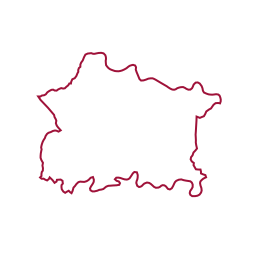 Anita Garibaldi, Santa Catarina, Brazil (orthographic projection), rotated 167°
{"feature_id": "56859067B7294135466211", "entity_name": "Anita Garibaldi", "entity_type": "district", "adm_level": 2, "iso_a3": "BRA", "parent_name": "Brazil", "parent_adm1": "Santa Catarina", "projection": "orthographic", "projection_center": [-51.083, -27.731], "detail": "fine", "context": "isolated", "style": "outline", "palette": "rose", "viewbox_px": 256, "rotation_deg": 167, "n_neighbors": 0, "source": "geoboundaries", "source_scale": "gbopen_adm2", "svg_char_len": 3778}
<svg xmlns="http://www.w3.org/2000/svg" viewBox="0 0 256 256"><g transform="rotate(167 128 128)"><path d="M80.8,47.2L77.8,46.5L75.5,46.4L73.3,47.0L71.3,48.7L70.3,50.5L70.0,53.0L70.3,55.7L70.2,58.1L69.5,59.6L68.3,60.5L66.5,61.5L64.9,62.0L63.0,62.4L63.2,64.7L65.2,65.9L67.1,67.3L66.7,69.2L66.7,71.2L69.1,71.8L71.1,72.5L71.6,74.1L72.5,77.0L71.7,79.1L73.4,81.1L74.0,83.4L73.1,85.4L71.3,86.8L69.7,89.4L67.4,90.9L65.4,92.5L65.4,95.8L65.2,98.6L64.6,100.8L64.1,103.5L63.6,106.4L62.7,109.3L59.6,119.9L58.6,123.7L55.7,121.7L53.6,122.1L51.4,122.4L49.6,124.3L48.0,126.5L44.9,127.8L42.7,128.4L41.2,129.8L39.4,131.4L37.1,132.5L34.5,132.1L32.8,131.3L31.7,133.1L31.2,135.0L31.2,137.0L31.5,139.0L32.5,140.3L34.5,141.1L36.7,141.3L38.4,141.5L40.1,142.0L41.8,142.6L43.9,143.9L46.0,145.5L46.6,147.5L46.5,149.9L46.8,152.2L48.1,155.2L49.8,156.7L51.9,157.0L54.2,155.6L55.6,153.6L56.7,152.3L58.6,151.4L60.6,151.8L62.3,153.0L63.4,154.2L65.1,155.5L67.4,155.9L69.1,155.9L71.0,155.7L72.8,155.0L74.4,154.9L76.2,155.5L77.9,156.8L79.5,158.4L80.9,160.0L82.2,161.2L85.6,164.4L90.3,168.9L91.6,170.0L92.9,170.9L94.7,171.3L97.1,171.5L99.5,171.1L102.2,170.9L104.6,171.3L105.8,173.1L106.2,175.5L106.5,177.4L107.0,180.3L107.3,183.1L106.5,185.4L107.0,187.3L108.9,188.4L110.6,188.4L112.5,188.2L114.2,187.5L116.0,186.6L118.3,185.9L120.8,185.4L122.6,185.3L124.4,185.4L126.3,185.9L128.0,186.5L129.3,187.3L130.7,188.2L132.1,189.2L133.5,190.7L134.5,192.5L135.2,194.1L135.0,196.1L134.6,198.5L133.9,200.2L133.6,202.1L133.7,204.0L135.0,206.2L137.0,207.2L139.5,207.7L142.1,207.8L143.9,207.8L145.4,208.2L147.0,209.2L150.5,209.6L153.0,209.1L154.9,206.9L156.9,204.0L158.9,202.3L160.1,200.6L160.7,198.3L162.4,197.4L163.5,195.6L163.8,193.9L165.0,192.6L166.6,190.3L168.7,188.5L171.3,188.0L172.9,185.9L173.6,184.2L175.1,184.6L176.7,183.0L178.8,182.0L180.6,180.9L182.3,181.0L184.1,181.9L186.0,181.6L187.6,181.2L189.1,180.5L191.0,181.0L192.3,182.2L194.0,182.4L196.3,181.8L198.6,180.9L200.5,179.3L202.3,178.8L204.6,179.0L206.3,178.4L208.4,178.9L206.9,175.0L201.4,165.7L197.1,157.4L197.1,155.1L196.5,153.2L196.2,151.2L197.2,148.9L196.9,146.4L196.0,144.3L195.1,142.7L194.1,140.9L196.5,140.1L198.2,141.4L199.7,142.0L201.8,142.0L204.2,141.4L206.6,141.2L208.3,140.4L210.1,138.7L211.3,136.8L212.7,135.5L214.1,133.9L215.2,132.2L216.1,130.6L217.0,128.6L217.0,126.6L217.8,124.9L218.7,122.8L219.4,120.6L219.9,118.6L219.6,116.2L218.7,113.2L219.8,110.7L219.9,108.0L220.6,105.6L221.9,104.5L222.7,102.6L223.1,100.7L224.8,99.6L223.6,98.0L221.6,97.6L220.3,96.3L218.6,95.1L216.6,96.1L215.4,97.5L214.4,96.0L213.2,94.1L211.9,91.1L209.7,91.9L208.9,93.5L207.0,93.2L205.2,92.9L203.7,91.3L204.0,88.5L205.6,87.3L206.1,85.5L206.3,83.2L205.3,80.6L203.8,79.0L201.8,79.7L199.9,80.2L198.8,78.4L197.7,77.2L196.2,79.1L194.5,82.2L192.7,83.4L190.9,85.0L188.5,86.4L186.6,86.5L184.8,85.9L182.6,85.3L180.2,85.5L178.0,86.3L175.6,87.9L173.2,88.1L172.9,85.3L173.5,83.3L174.5,82.0L175.7,80.8L177.2,79.4L178.6,77.7L178.6,75.8L176.9,74.2L175.0,73.8L172.0,73.8L169.9,74.2L167.8,74.0L165.7,74.1L163.8,75.1L162.3,75.8L160.1,76.1L157.8,75.7L155.6,75.4L152.3,74.8L149.3,74.6L148.2,76.1L149.0,78.0L151.0,79.1L152.3,81.0L150.6,82.2L148.8,81.9L146.8,81.1L144.6,79.7L142.8,78.7L140.7,78.0L139.1,78.1L137.7,78.7L136.3,80.0L134.8,81.4L133.5,82.7L131.7,83.7L129.3,82.8L129.1,79.9L129.8,77.4L130.5,75.8L131.5,74.4L132.3,72.6L132.0,69.6L130.5,68.0L128.9,68.0L127.4,68.5L126.1,69.4L124.6,70.2L121.8,70.6L119.7,69.7L118.4,68.4L117.1,66.6L115.9,64.8L114.3,63.5L111.7,63.1L110.0,63.5L108.5,64.3L107.0,64.5L105.4,63.9L104.2,62.6L102.8,59.7L101.0,58.7L98.9,59.4L97.1,61.3L95.5,63.4L94.4,64.7L92.8,65.7L90.1,66.2L87.6,65.9L85.6,64.7L83.4,63.7L81.1,62.8L79.2,62.0L78.1,60.5L77.7,58.4L78.3,55.9L79.6,54.4L81.6,52.6L82.5,50.7L82.3,48.9L80.8,47.2Z" fill="none" stroke="#9f1239" stroke-width="2"/></g></svg>